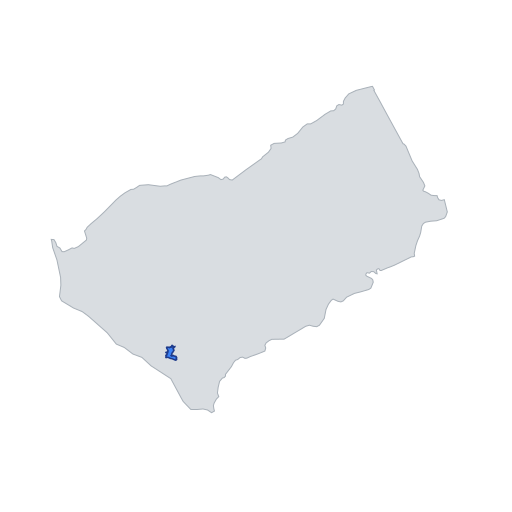 Akwapem North, Eastern, Ghana shown in context, rotated 62°
{"feature_id": "2480657B16553972090858", "entity_name": "Akwapem North", "entity_type": "district", "adm_level": 2, "iso_a3": "GHA", "parent_name": "Ghana", "parent_adm1": "Eastern", "projection": "robinson", "projection_center": [-0.184, 5.959], "detail": "fine", "context": "in_parent", "style": "filled", "palette": "blue", "viewbox_px": 512, "rotation_deg": 62, "n_neighbors": 0, "source": "geoboundaries", "source_scale": "gbopen_adm2", "svg_char_len": 5413}
<svg xmlns="http://www.w3.org/2000/svg" viewBox="0 0 512 512"><g transform="rotate(62 256 256)"><path d="M306.9,66.4L310.2,70.0L311.0,72.1L309.7,79.9L307.3,85.4L305.7,90.5L305.9,93.0L307.4,95.6L312.6,99.6L315.2,102.2L318.3,106.2L321.9,110.0L328.0,115.1L330.6,116.0L330.5,117.4L329.7,119.3L329.1,138.1L328.6,142.9L328.2,145.3L327.6,152.3L327.0,153.3L325.8,153.3L324.8,153.5L324.5,154.9L324.9,156.3L328.6,157.4L327.8,158.4L325.1,159.4L323.8,161.5L324.4,163.9L322.8,165.8L323.3,167.1L324.3,168.1L325.8,167.7L330.1,164.5L331.9,164.1L334.2,164.8L338.3,169.7L338.5,172.1L336.8,180.4L335.2,186.8L334.9,195.3L336.6,200.0L336.4,202.6L334.5,204.9L330.2,208.2L330.5,210.4L332.5,214.6L336.1,219.3L343.1,225.0L346.9,232.5L346.9,235.6L344.8,238.6L342.2,241.3L341.4,245.1L342.6,270.2L337.0,281.1L336.9,284.3L337.5,287.9L339.0,290.1L341.8,290.6L344.1,292.8L343.3,300.4L342.1,308.2L341.9,312.0L341.2,313.8L339.0,315.3L338.2,317.7L338.8,320.8L338.4,323.0L339.6,325.9L342.1,329.6L346.2,338.6L347.7,339.3L348.4,341.2L348.0,343.0L349.6,347.0L354.1,351.0L358.9,354.4L362.7,354.9L363.7,358.1L366.2,362.0L368.0,363.8L371.0,364.9L373.4,365.5L373.5,368.8L369.2,371.1L366.2,374.6L364.0,379.8L360.9,385.6L350.2,388.6L346.2,388.7L324.3,388.8L303.8,400.2L292.0,404.3L284.8,410.7L275.0,415.2L268.2,420.7L254.0,423.4L230.8,432.1L223.6,435.5L216.2,441.6L204.3,448.7L199.6,448.6L190.2,442.0L183.2,438.6L166.0,433.6L153.2,431.6L147.0,429.4L145.2,429.0L146.7,426.7L150.3,426.5L154.0,427.2L156.9,425.4L161.1,425.2L162.2,423.3L162.5,418.5L162.5,414.6L164.0,412.9L164.3,408.4L162.3,398.3L160.8,397.1L153.4,395.7L152.8,393.7L151.4,391.6L150.0,386.4L148.4,378.7L145.8,369.1L140.8,353.3L139.5,347.7L138.7,342.0L138.5,335.2L139.6,332.7L139.4,329.1L139.0,325.6L142.5,317.6L149.5,307.8L151.0,304.2L152.3,301.7L152.4,298.2L153.7,286.7L157.0,272.8L159.1,267.6L160.6,264.8L162.3,260.1L162.7,258.0L169.1,252.5L172.1,251.1L172.7,248.9L171.7,246.6L172.2,245.0L173.7,244.2L176.1,243.5L177.8,241.3L175.1,224.2L172.9,207.2L172.8,205.7L171.5,203.4L170.2,196.3L168.1,192.2L165.1,191.0L165.1,187.1L168.1,180.6L168.9,176.7L167.5,175.6L167.3,172.6L168.3,167.7L167.8,164.7L167.3,161.6L164.1,154.1L163.4,148.8L165.0,145.7L164.9,139.0L163.3,128.5L163.0,121.9L164.2,119.2L163.6,116.6L161.3,114.1L161.2,111.7L163.1,109.4L162.9,107.5L160.5,106.2L158.3,103.0L156.4,97.9L156.8,89.7L160.5,74.7L160.9,73.5L165.0,73.5L165.1,74.2L177.9,74.0L192.5,73.9L210.0,73.7L225.9,73.5L226.6,72.8L229.3,72.0L245.3,73.5L255.4,72.8L259.6,73.3L262.8,74.3L269.7,73.6L273.4,74.0L276.2,77.8L277.3,77.7L278.9,76.2L281.7,74.3L284.5,72.9L286.5,70.0L287.7,67.8L289.6,68.2L292.2,68.1L294.0,66.2L294.7,63.3L306.9,66.4Z" fill="#d9dde1" stroke="#a8b0b8" stroke-width="1"/><path d="M309.8,374.5L309.5,374.5L309.4,374.5L309.3,374.4L309.2,374.6L308.8,374.4L308.8,374.2L308.7,374.1L308.8,374.1L308.7,374.0L308.6,373.8L308.4,373.8L308.1,373.8L307.9,373.8L307.6,373.7L307.1,373.8L306.9,374.2L306.9,374.3L306.6,374.4L306.4,374.5L306.3,374.8L306.2,374.9L306.1,375.1L305.8,375.2L305.7,375.3L305.4,375.5L305.4,375.8L305.2,376.1L304.9,376.1L305.0,376.5L305.0,377.0L304.9,377.3L304.7,377.6L304.4,377.7L304.2,377.7L304.3,377.5L304.3,377.4L304.3,377.2L304.3,376.9L304.4,376.7L304.4,376.4L304.3,376.6L304.1,376.7L303.8,376.7L303.7,376.7L303.3,376.6L303.2,376.6L302.8,376.5L302.6,376.4L302.4,376.7L302.5,376.4L302.5,376.2L302.5,375.9L302.4,375.7L302.2,375.3L302.0,375.2L302.0,374.7L301.9,374.6L301.7,374.4L301.3,373.9L301.3,373.7L301.2,373.6L301.2,373.4L301.1,373.2L301.0,372.9L300.9,372.8L300.7,372.7L300.4,372.6L300.2,372.6L299.9,372.8L299.6,372.7L299.4,372.7L299.2,372.6L298.9,372.6L298.7,372.6L298.4,372.6L298.2,372.6L298.2,372.3L298.1,372.2L298.3,371.9L298.3,371.7L298.4,371.4L298.2,371.3L298.2,371.2L298.0,370.8L298.0,370.7L298.1,370.4L297.9,370.2L297.8,370.5L297.5,371.2L297.2,371.5L296.9,371.6L296.7,371.7L296.3,371.6L296.2,371.9L295.9,371.9L295.7,371.9L295.5,372.0L295.5,372.3L295.7,372.5L296.1,372.8L296.3,373.0L296.2,373.1L296.3,373.2L296.4,373.4L296.5,373.5L296.4,373.6L296.5,373.8L296.6,374.0L296.5,374.3L296.4,374.4L296.3,374.5L296.2,374.7L296.2,374.8L296.1,374.7L296.1,374.8L296.0,375.0L295.9,375.2L295.9,375.3L295.8,375.5L295.7,375.6L295.6,375.8L295.6,376.0L295.4,376.2L295.4,376.3L295.3,376.5L295.2,376.6L295.2,376.8L295.0,377.0L294.9,377.1L294.8,377.3L294.7,377.3L294.8,377.3L294.7,377.3L294.6,377.5L294.8,377.7L294.8,377.8L295.0,377.8L295.2,378.0L295.3,378.0L295.5,378.1L295.8,378.2L296.0,378.2L296.4,378.1L296.5,378.0L296.8,378.0L297.0,378.0L297.4,378.1L297.5,378.1L297.8,378.1L298.0,378.1L298.3,378.1L298.5,378.1L298.8,378.3L298.9,378.5L298.8,378.8L299.0,378.9L299.4,379.0L299.5,379.0L299.5,379.3L299.4,379.5L299.1,379.9L299.0,380.1L298.9,380.2L298.9,380.3L298.8,380.5L298.8,380.8L299.1,380.8L299.2,380.7L299.3,380.6L299.5,380.5L299.8,380.2L300.0,380.1L300.3,380.3L300.7,380.2L300.7,380.4L300.8,380.6L300.9,380.8L301.1,380.9L301.1,381.0L301.3,381.1L301.5,381.1L301.5,381.7L301.4,381.8L301.3,382.0L301.5,382.3L302.1,382.3L302.2,382.5L302.3,382.5L302.6,382.7L303.2,383.2L303.5,383.1L303.6,382.8L303.6,382.7L303.7,382.4L303.8,382.1L303.8,381.8L303.8,381.7L304.0,381.5L304.7,380.8L305.2,380.5L305.2,380.4L305.5,380.2L306.1,379.8L306.3,379.5L306.6,379.3L306.8,378.9L307.1,378.6L307.3,378.3L308.0,377.7L308.3,377.6L308.7,377.2L309.4,376.6L309.5,376.6L309.7,376.4L309.8,376.3L309.8,376.2L310.2,376.0L310.3,375.6L310.3,375.1L310.1,374.6L309.8,374.5Z" fill="#3b82f6" stroke="#1e3a8a" stroke-width="1.5"/></g></svg>